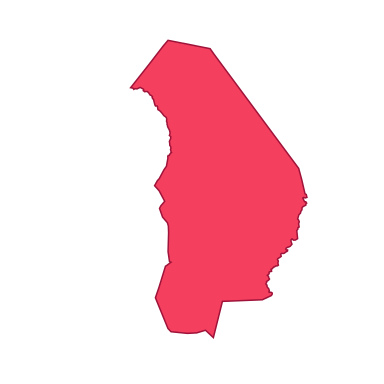 the district of Santa María Yalina, Oaxaca, Mexico, rotated 49°
{"feature_id": "50627088B95350580088580", "entity_name": "Santa María Yalina", "entity_type": "district", "adm_level": 2, "iso_a3": "MEX", "parent_name": "Mexico", "parent_adm1": "Oaxaca", "projection": "robinson", "projection_center": [-96.293, 17.264], "detail": "fine", "context": "isolated", "style": "filled", "palette": "rose", "viewbox_px": 384, "rotation_deg": 49, "n_neighbors": 0, "source": "geoboundaries", "source_scale": "gbopen_adm2", "svg_char_len": 2549}
<svg xmlns="http://www.w3.org/2000/svg" viewBox="0 0 384 384"><g transform="rotate(49 192 192)"><path d="M315.9,271.4L294.5,240.8L298.6,235.7L319.5,209.6L322.2,200.1L321.9,198.9L321.5,198.2L320.7,197.7L319.7,198.0L319.1,198.5L318.9,199.0L318.3,199.6L317.9,199.5L317.2,198.4L315.5,197.6L312.7,197.5L311.5,196.5L311.1,196.5L310.3,196.7L309.5,196.1L309.3,195.1L308.5,194.4L308.8,192.1L308.5,190.6L306.9,190.3L305.9,189.6L304.3,189.8L304.3,188.3L304.3,187.4L303.2,186.6L303.0,186.1L304.0,184.2L304.0,183.8L302.4,183.3L302.2,182.8L302.6,181.9L302.2,179.7L302.7,178.8L302.7,177.5L303.8,175.9L303.9,174.8L302.0,173.8L300.7,172.1L298.9,171.8L298.6,170.9L299.0,168.6L299.1,166.9L297.1,165.8L297.1,164.6L298.5,163.2L298.8,162.0L298.8,160.7L299.2,159.3L299.1,158.4L298.4,157.9L298.1,158.6L297.1,158.9L296.2,158.0L296.3,156.3L296.9,155.3L297.4,153.5L297.0,150.8L294.3,149.7L293.1,148.7L293.0,147.3L293.4,147.0L294.8,147.1L296.1,145.5L296.5,142.9L289.8,138.2L289.5,136.5L288.5,135.6L288.7,134.1L285.8,132.3L284.9,130.6L282.9,129.9L281.7,130.0L279.3,126.3L279.1,124.0L278.0,122.5L277.6,120.8L276.0,119.1L275.9,117.6L276.6,114.7L275.4,113.5L275.6,112.8L274.2,112.5L273.9,112.6L273.4,113.3L272.8,113.3L269.3,112.4L269.2,111.6L270.8,110.4L271.5,108.8L268.8,107.4L267.5,107.9L255.1,101.3L244.2,96.0L184.5,91.4L102.7,85.0L95.7,84.3L61.8,110.6L62.9,117.8L67.6,141.2L72.5,167.1L73.0,169.9L75.0,168.4L76.4,168.6L76.5,167.4L78.1,165.9L78.4,164.9L78.6,164.0L79.1,162.5L82.5,161.2L83.4,161.6L83.6,162.3L84.8,162.0L85.2,162.0L85.5,161.6L85.9,160.8L87.0,159.7L87.7,159.8L88.3,159.6L91.5,160.0L92.2,159.5L94.0,159.3L94.3,159.9L95.7,160.5L96.6,160.2L102.0,162.9L103.2,163.1L104.1,162.0L104.7,161.9L107.3,163.6L107.8,163.6L109.1,163.1L110.0,163.0L112.1,162.9L114.2,163.0L115.0,163.1L116.1,163.1L117.7,162.7L118.4,162.6L119.0,162.6L119.8,162.9L120.3,163.2L121.2,164.1L122.3,165.1L123.2,165.2L124.8,166.6L125.3,166.6L126.8,167.6L129.9,168.3L130.3,168.4L132.3,169.3L133.7,170.5L134.5,172.0L136.3,171.7L137.7,173.1L138.9,175.8L141.2,177.3L142.1,178.1L143.9,178.4L145.1,179.2L146.0,180.5L147.8,181.3L148.4,182.1L148.7,181.9L148.7,183.3L149.5,185.2L148.8,185.9L149.1,186.8L149.9,187.4L150.9,188.3L155.8,194.4L156.8,198.5L160.4,207.9L160.7,210.6L162.7,216.1L169.5,216.0L181.1,218.7L182.0,224.7L183.1,227.3L191.7,230.7L199.0,230.7L202.2,232.2L207.4,236.4L221.3,249.2L229.7,254.6L231.2,253.9L230.9,258.3L230.9,258.8L230.6,260.7L242.2,279.3L247.8,289.0L279.3,299.7L283.7,299.5L295.6,288.3L301.4,280.9L305.2,272.5L315.9,271.4Z" fill="#f43f5e" stroke="#9f1239" stroke-width="1.5"/></g></svg>